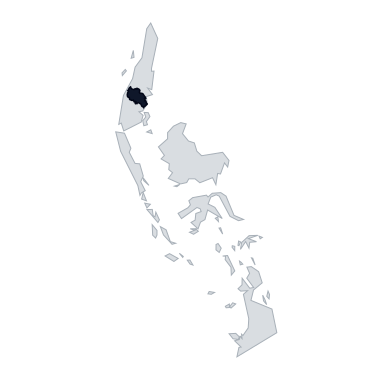 Jambi highlighted on a map of Indonesia, rotated 57°
{"feature_id": "IDN-1930", "entity_name": "Jambi", "entity_type": "Province", "adm_level": 1, "iso_a3": "IDN", "parent_name": "Indonesia", "parent_adm1": "", "projection": "albers", "projection_center": [102.763, -1.764], "detail": "fine", "context": "in_parent", "style": "filled", "palette": "ink", "viewbox_px": 384, "rotation_deg": 57, "n_neighbors": 0, "source": "natural_earth", "source_scale": "10m", "svg_char_len": 6390}
<svg xmlns="http://www.w3.org/2000/svg" viewBox="0 0 384 384"><g transform="rotate(57 192 192)"><path d="M131.7,159.8L137.9,168.2L147.3,167.2L152.1,163.3L160.4,165.7L166.8,164.2L175.4,144.7L185.7,143.8L190.5,148.5L185.3,148.9L192.4,158.3L190.4,160.4L198.9,168.0L191.2,167.0L188.5,180.4L182.6,182.3L179.2,187.5L181.2,191.3L179.0,197.2L167.7,204.5L165.2,197.8L160.6,199.3L155.9,195.6L147.4,199.9L146.3,195.2L135.9,195.6L134.1,183.5L128.9,180.1L126.7,171.7L127.7,163.6L131.7,159.8ZM27.8,134.6L44.6,137.1L66.1,158.5L68.7,160.2L69.9,158.0L84.2,170.0L80.7,172.6L88.8,172.1L87.1,178.3L93.7,181.6L97.2,189.2L95.8,192.8L101.1,191.3L105.7,196.5L103.6,216.0L95.7,213.8L95.4,216.6L73.7,196.9L64.6,180.1L56.3,171.7L52.2,160.9L30.4,141.0L27.8,134.6ZM356.2,197.5L354.7,244.1L347.9,237.3L348.8,235.3L340.0,237.3L341.5,232.7L339.2,230.2L340.0,229.9L341.4,230.1L342.3,229.9L338.2,227.9L340.1,227.4L336.6,218.9L329.2,213.4L305.8,204.6L305.0,199.1L301.7,205.1L298.2,206.1L297.1,200.6L291.6,196.9L304.1,196.0L305.7,192.3L294.1,193.0L291.6,188.0L284.9,186.9L286.9,182.9L295.1,179.5L306.4,182.6L307.7,193.8L315.0,201.6L333.7,188.7L356.2,197.5ZM241.4,168.6L233.1,173.4L210.3,171.4L207.5,173.2L206.5,179.1L210.8,185.0L217.3,181.2L230.7,181.1L215.6,188.7L222.2,196.2L221.9,201.3L226.2,207.0L217.0,209.4L217.3,204.7L212.1,200.5L213.4,195.0L210.5,194.3L207.7,196.3L208.6,215.3L202.3,215.3L203.0,204.0L201.9,200.3L197.6,199.4L197.1,194.5L202.5,181.6L204.9,181.3L204.1,175.7L208.2,168.2L214.0,165.7L234.5,169.5L243.1,163.7L241.4,168.6ZM105.9,216.6L122.0,219.4L124.5,223.0L137.0,224.2L139.9,220.5L152.1,224.2L155.4,229.4L165.4,230.5L165.2,234.9L166.5,237.5L157.1,233.9L119.0,229.7L100.0,223.2L105.9,216.6ZM261.8,170.1L268.8,165.0L265.6,171.0L270.1,174.8L262.8,174.0L266.5,182.6L261.4,177.9L259.7,167.9L264.2,160.4L261.8,170.1ZM264.6,196.8L281.5,199.1L283.1,204.3L276.3,200.3L266.8,201.0L264.1,198.8L262.4,201.2L264.6,196.8ZM225.0,237.2L212.5,239.3L203.8,237.4L209.6,234.3L221.8,237.2L226.1,233.6L225.0,237.2ZM189.2,233.3L197.6,234.5L199.0,237.2L182.2,239.3L185.0,234.8L190.7,237.5L192.6,236.5L189.2,233.3ZM240.2,239.8L240.4,245.0L231.0,249.4L231.5,244.4L240.2,239.8ZM105.8,186.2L108.1,191.9L111.3,192.7L110.2,196.3L105.4,194.5L103.9,189.9L99.2,188.8L101.6,185.5L105.8,186.2ZM337.5,237.5L331.1,238.1L334.4,232.3L339.3,231.2L340.8,233.5L337.5,237.5ZM205.2,242.3L209.0,244.8L210.8,247.6L206.8,248.5L197.7,243.2L205.2,242.3ZM255.0,198.1L257.5,202.1L253.6,203.4L249.1,200.4L249.4,198.2L255.0,198.1ZM165.8,233.2L174.6,235.0L170.5,238.1L165.8,233.2ZM179.6,233.6L180.8,238.5L175.6,237.7L179.6,233.6ZM121.3,193.6L117.0,197.3L117.4,192.7L121.3,193.6ZM309.7,216.3L310.6,222.5L308.6,222.8L307.1,218.2L309.7,216.3ZM163.0,224.5L156.2,226.3L153.4,225.2L163.0,224.5ZM228.4,208.1L228.3,213.7L224.4,216.0L226.0,208.6L228.4,208.1ZM41.3,164.1L47.5,167.3L46.7,170.2L41.3,164.1ZM56.4,187.0L54.0,185.8L52.9,181.2L54.7,181.1L56.4,187.0ZM286.1,234.1L284.8,231.8L288.5,227.8L288.3,231.5L286.1,234.1ZM280.6,177.1L287.6,178.8L279.6,178.0L280.6,177.1ZM237.6,187.5L244.0,189.2L237.0,189.0L237.6,187.5ZM225.3,210.8L221.9,213.5L225.0,208.6L225.3,210.8ZM316.5,182.2L320.2,182.8L323.6,185.6L320.2,186.1L316.5,182.2ZM253.8,231.0L251.4,232.9L246.6,233.1L247.9,230.8L253.8,231.0ZM309.3,223.5L307.7,226.4L306.0,226.3L306.3,221.7L309.3,223.5ZM264.4,188.1L260.2,188.5L259.0,187.5L260.9,185.7L264.4,188.1ZM317.0,188.9L322.2,189.5L327.1,190.7L322.3,191.3L317.0,188.9ZM226.9,183.9L231.2,185.9L226.7,186.8L226.9,183.9ZM268.4,160.3L265.5,159.8L268.4,157.7L268.4,160.3ZM236.5,236.0L241.3,234.4L241.8,235.4L236.5,236.0ZM280.2,188.7L279.4,191.2L275.8,189.8L277.6,189.1L280.2,188.7ZM179.3,201.8L177.5,203.5L179.0,198.1L179.3,201.8ZM260.4,178.4L262.6,181.9L261.8,182.5L258.5,179.6L260.4,178.4Z" fill="#d9dde1" stroke="#a8b0b8" stroke-width="1"/><path d="M87.1,179.5L87.3,179.6L87.3,179.8L87.1,179.9L87.1,180.0L87.4,179.9L87.6,179.9L87.7,180.0L87.8,180.1L87.9,180.4L88.0,180.4L88.0,180.5L88.1,180.4L88.1,180.5L88.3,180.7L88.5,180.8L88.9,181.0L89.0,181.1L89.2,181.3L89.4,181.3L89.5,181.3L89.7,181.5L89.8,181.8L90.0,181.6L90.1,181.4L90.4,181.3L90.7,181.2L90.8,181.2L91.3,181.4L91.4,181.5L91.5,181.5L91.9,181.6L92.0,181.6L92.5,181.8L92.9,181.8L93.0,181.7L93.4,181.6L93.8,181.6L94.1,182.3L94.0,182.7L94.0,183.0L94.1,183.3L94.3,183.5L94.4,184.1L94.4,185.2L94.4,185.5L94.5,185.8L94.8,186.3L94.9,186.6L94.7,186.6L94.4,186.5L94.2,186.3L93.9,186.4L93.8,186.5L93.6,187.0L93.4,187.1L92.8,187.3L92.4,187.4L92.0,187.3L90.8,187.0L90.5,187.0L90.3,187.1L87.8,188.3L87.7,188.4L87.7,188.5L87.6,189.4L87.7,189.6L87.7,189.8L87.8,189.8L87.9,190.0L87.7,190.1L87.3,190.2L87.2,190.2L87.2,190.3L87.2,190.5L87.2,190.8L87.3,191.0L87.2,191.1L87.2,191.3L86.9,191.4L86.1,190.6L86.0,190.3L85.9,190.0L85.8,189.9L85.7,189.8L85.3,190.1L85.2,190.3L85.1,190.5L85.3,190.7L85.3,190.8L85.4,191.0L85.0,191.4L84.8,191.4L84.6,191.3L84.2,191.2L84.0,191.3L83.8,191.2L83.6,191.2L83.4,191.1L83.2,191.1L82.9,191.1L82.8,191.3L82.8,191.5L83.0,191.7L82.9,191.8L82.4,192.6L82.2,192.8L81.9,192.8L81.8,193.0L81.6,193.1L81.3,193.2L81.2,193.3L81.1,193.5L80.9,193.7L80.5,193.7L80.4,193.7L80.2,193.8L79.8,193.7L79.6,193.6L79.3,193.4L78.9,193.3L78.6,193.1L78.4,193.4L78.0,193.7L77.9,193.7L77.6,193.8L77.2,194.1L76.9,194.0L76.7,193.9L76.4,193.8L76.2,193.9L75.9,193.7L75.6,193.5L75.1,193.3L74.9,193.1L74.6,192.8L74.5,192.6L74.2,192.4L74.2,192.2L73.8,191.9L73.7,191.9L73.4,191.0L73.3,190.8L73.3,190.7L73.2,190.7L72.9,190.4L72.7,190.2L72.0,190.7L71.7,189.8L71.4,189.1L71.3,188.9L71.0,188.7L70.9,188.5L70.8,188.4L70.6,188.0L70.5,187.6L70.4,187.1L70.4,186.4L70.7,186.5L70.8,186.4L70.9,186.5L71.0,186.6L72.5,186.4L72.6,186.5L72.8,186.5L73.0,186.4L73.2,186.1L73.3,185.9L73.6,185.7L74.2,185.2L74.3,185.1L74.4,184.9L74.5,184.7L74.4,184.6L74.5,184.3L74.5,184.2L74.4,183.8L74.4,183.6L74.4,183.4L74.5,183.3L74.9,183.3L75.1,183.2L75.3,183.1L75.4,182.9L75.5,182.7L75.6,182.4L75.4,182.4L75.2,182.3L75.2,182.1L75.2,181.8L75.1,181.6L75.9,181.3L76.0,181.3L76.1,181.2L76.2,180.9L76.3,180.8L76.4,180.7L76.6,180.6L76.8,180.5L77.3,180.5L77.6,180.5L77.7,180.4L77.9,180.3L78.0,180.3L78.5,180.4L78.6,180.5L78.7,180.8L78.8,180.8L79.1,181.1L79.2,181.3L79.3,181.4L79.5,181.5L79.8,181.7L79.8,181.8L80.0,181.8L80.6,182.0L80.8,181.9L81.0,181.4L81.3,181.2L81.5,181.0L81.5,180.8L81.6,180.7L81.9,180.5L82.0,180.4L82.3,180.1L82.4,179.9L82.5,179.9L83.3,179.6L83.6,179.6L84.6,179.7L87.0,179.5L87.1,179.5Z" fill="#0f172a" stroke="#020617" stroke-width="1.5"/></g></svg>